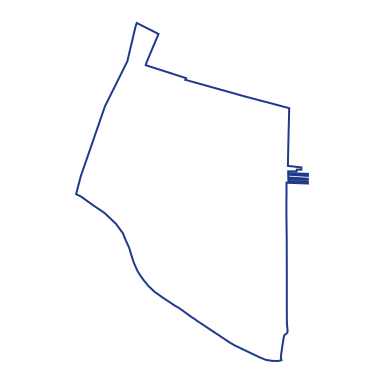 outline of Rud Al-Farag, Al Qahirah, Egypt
{"feature_id": "37247803B92272311463105", "entity_name": "Rud Al-Farag", "entity_type": "district", "adm_level": 2, "iso_a3": "EGY", "parent_name": "Egypt", "parent_adm1": "Al Qahirah", "projection": "natural_earth1", "projection_center": [31.241, 30.075], "detail": "fine", "context": "isolated", "style": "outline", "palette": "blue", "viewbox_px": 384, "rotation_deg": 0, "n_neighbors": 0, "source": "geoboundaries", "source_scale": "gbopen_adm2", "svg_char_len": 1441}
<svg xmlns="http://www.w3.org/2000/svg" viewBox="0 0 384 384"><path d="M281.5,360.2L280.9,357.5L281.0,355.9L281.3,353.3L283.5,338.4L284.3,335.4L285.0,334.6L285.5,334.2L286.8,333.3L287.5,332.2L287.5,330.6L287.5,329.3L287.3,328.0L286.9,323.4L286.8,305.6L286.8,269.4L286.7,238.4L286.4,214.4L286.4,206.2L286.4,204.6L286.4,203.0L286.5,194.6L286.5,186.9L286.5,182.7L287.7,182.8L307.9,183.5L307.8,182.0L288.4,181.5L288.3,179.4L307.8,179.9L307.8,178.7L288.3,177.5L288.3,177.3L288.2,174.7L307.9,175.9L307.9,173.8L288.3,173.4L288.2,173.1L288.2,171.3L293.9,171.3L296.7,171.3L296.7,170.4L296.8,169.6L298.7,169.6L301.3,169.7L301.3,168.5L301.4,167.4L287.9,165.9L288.1,155.6L288.5,136.5L289.1,112.3L289.2,108.2L287.8,107.8L286.3,107.4L244.7,96.4L185.3,79.8L185.8,78.8L186.1,78.1L184.4,77.6L173.5,74.1L145.7,65.2L146.2,63.6L146.7,62.0L158.5,34.0L136.8,23.0L135.7,26.0L127.3,61.4L108.3,99.6L105.1,106.0L102.5,113.4L80.8,176.2L76.1,194.1L81.1,196.6L93.6,205.6L104.4,212.9L115.7,223.5L121.6,231.5L122.3,232.4L123.0,233.3L123.9,235.8L126.0,240.9L129.1,247.6L132.0,257.3L134.1,263.4L137.5,271.0L140.5,275.8L144.0,280.6L148.4,286.0L154.7,291.9L163.0,297.8L175.2,305.9L178.1,307.4L178.7,307.8L179.5,308.4L182.1,310.2L189.6,315.7L197.8,321.3L205.5,326.4L213.7,331.9L221.2,336.8L230.0,342.7L235.3,345.7L259.7,357.4L263.3,358.8L264.2,359.2L265.6,359.8L272.4,360.9L277.7,361.0L278.5,360.8L279.4,360.7L281.5,360.2Z" fill="none" stroke="#1e3a8a" stroke-width="2"/></svg>